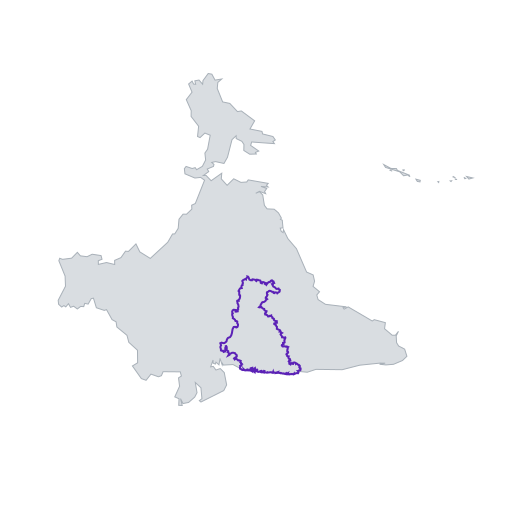 Maharashtra highlighted on a map of India, rotated 285°
{"feature_id": "IND-2447", "entity_name": "Maharashtra", "entity_type": "State", "adm_level": 1, "iso_a3": "IND", "parent_name": "India", "parent_adm1": "", "projection": "robinson", "projection_center": [76.089, 18.818], "detail": "fine", "context": "in_parent", "style": "outline", "palette": "violet", "viewbox_px": 512, "rotation_deg": 285, "n_neighbors": 0, "source": "natural_earth", "source_scale": "10m", "svg_char_len": 9775}
<svg xmlns="http://www.w3.org/2000/svg" viewBox="0 0 512 512"><g transform="rotate(285 256 256)"><path d="M91.8,220.0L98.2,218.6L98.9,214.0L110.4,215.9L118.2,212.7L120.8,215.0L124.5,212.8L120.2,196.2L115.9,195.6L114.1,193.0L114.7,185.1L107.5,182.0L107.9,177.0L117.8,165.1L122.2,169.3L134.3,165.9L139.7,155.5L146.0,151.9L151.4,140.0L156.2,137.9L157.3,133.4L165.5,125.5L164.2,123.5L164.7,115.2L173.2,109.9L172.2,107.9L166.1,106.3L165.9,102.8L162.5,102.7L161.9,99.7L158.6,97.1L160.3,92.9L158.4,90.1L161.4,87.2L157.6,85.4L158.4,83.3L156.4,81.5L158.3,77.8L162.0,76.4L177.5,79.8L187.2,76.8L200.4,66.8L203.0,67.0L202.7,70.0L206.2,78.5L213.3,82.5L210.7,86.3L211.6,93.0L215.3,97.3L216.3,106.2L213.0,108.1L210.6,104.9L207.1,105.9L211.0,113.3L211.2,121.7L215.2,120.6L219.5,126.0L226.9,128.7L227.4,131.6L236.6,136.9L229.9,142.7L226.3,154.5L246.4,167.2L255.7,169.7L256.3,171.8L262.6,173.7L271.6,172.1L277.5,174.7L278.4,178.1L284.7,181.9L288.4,180.7L291.0,183.8L315.9,186.7L317.6,182.2L315.5,176.8L317.0,166.1L321.8,164.2L324.4,165.3L324.0,171.7L325.6,174.4L324.0,176.3L328.7,181.0L335.7,182.5L342.2,180.0L346.7,181.6L360.8,180.5L361.5,174.8L355.9,171.3L356.3,168.6L366.5,167.0L374.0,157.2L379.6,155.8L389.0,148.2L397.7,151.8L404.7,146.4L408.4,149.0L405.9,151.2L406.2,153.3L409.4,151.6L411.2,155.4L408.1,160.0L411.7,159.4L419.9,162.6L420.2,166.3L415.3,170.9L418.1,177.1L413.8,174.2L407.8,175.2L396.2,183.9L396.6,191.2L390.7,200.7L392.3,204.3L386.2,219.7L377.1,217.3L377.9,229.5L375.6,230.8L375.8,241.4L373.1,244.6L370.9,242.7L369.3,244.7L365.0,222.3L361.4,222.2L358.1,231.5L355.9,228.6L354.6,229.9L352.7,223.6L354.8,216.9L360.6,215.5L363.1,212.7L364.3,206.5L367.0,205.7L362.2,202.7L344.0,202.9L337.1,201.1L336.7,192.5L334.9,189.0L333.6,191.7L331.5,191.7L327.4,186.4L325.3,188.5L320.1,184.3L320.9,186.9L317.1,193.2L327.1,201.5L321.5,202.5L316.8,209.8L324.8,214.5L323.2,222.4L325.1,227.9L327.5,228.8L329.3,249.0L327.0,247.8L325.8,249.9L324.5,242.8L324.0,248.9L320.5,247.6L318.7,249.2L319.4,242.6L316.5,239.5L319.0,242.8L316.7,246.7L307.1,251.0L304.4,254.5L305.9,261.5L303.4,266.6L299.2,270.7L297.7,270.1L297.4,272.1L290.1,274.8L289.2,272.2L286.3,274.0L285.6,276.1L288.6,275.7L281.0,282.3L273.5,293.2L253.6,309.0L252.5,316.1L246.8,319.1L241.4,319.0L237.9,326.6L234.1,324.8L230.0,327.2L227.3,335.6L230.3,356.5L228.6,353.5L227.5,354.9L230.7,358.2L223.3,385.1L225.1,386.7L225.1,398.2L219.0,399.0L214.7,408.1L215.6,411.2L220.1,413.1L215.1,412.1L208.7,414.2L206.0,417.0L204.5,423.7L198.2,427.7L193.0,424.6L187.0,416.9L184.4,409.6L183.4,403.4L185.9,408.5L184.6,403.4L177.4,384.5L168.5,368.7L162.0,343.2L157.0,335.6L155.7,327.9L154.0,327.3L150.1,317.4L144.9,288.6L146.4,283.7L146.0,281.9L144.4,284.3L144.1,282.9L144.2,280.0L146.2,280.3L143.9,279.2L142.6,273.0L145.2,261.9L142.2,252.7L143.5,251.4L142.1,251.5L147.8,247.7L141.3,248.4L143.1,244.8L141.1,244.7L141.4,242.3L144.4,241.4L137.2,240.9L138.3,243.3L135.5,246.8L138.0,250.6L135.2,255.5L123.9,261.0L117.7,259.7L100.7,240.6L101.6,238.7L104.2,240.7L114.5,236.9L118.1,230.1L108.7,234.4L103.8,233.3L97.1,228.8L94.6,223.7L98.7,220.0L92.5,223.4L91.8,220.0ZM373.9,382.2L371.7,377.8L374.5,373.1L375.1,358.2L377.4,355.7L375.5,363.7L376.8,369.0L375.3,370.4L373.9,382.2ZM387.3,438.8L387.5,445.2L385.4,441.7L387.3,438.8ZM371.6,395.1L370.0,395.2L369.8,392.5L371.6,390.6L371.6,395.1ZM382.0,428.5L381.9,430.4L381.6,428.7L382.0,428.5ZM383.8,425.9L383.2,428.4L383.4,425.8L383.8,425.9ZM385.8,436.5L385.2,438.5L384.7,437.7L385.8,436.5ZM375.3,413.3L374.3,413.4L374.8,412.4L375.3,413.3ZM373.5,383.2L372.5,384.2L373.0,382.6L373.5,383.2ZM377.2,375.6L377.7,377.4L376.5,376.1L377.2,375.6ZM379.3,425.5L378.4,425.1L378.8,424.2L379.3,425.5ZM373.7,363.6L373.2,365.6L373.5,363.4L373.7,363.6Z" fill="#d9dde1" stroke="#a8b0b8" stroke-width="1"/><path d="M154.2,327.1L153.6,326.9L153.6,326.2L153.1,325.0L151.8,323.5L151.8,323.2L152.1,323.1L151.3,322.7L151.5,321.3L151.8,320.9L151.4,321.2L151.3,321.9L151.2,320.6L150.9,320.5L150.5,318.7L150.3,318.6L150.6,318.1L150.1,317.7L149.7,316.5L149.7,316.0L150.1,316.5L150.5,316.6L150.2,316.3L150.4,316.1L150.0,316.0L149.8,315.5L150.5,315.4L150.3,315.1L149.9,315.3L149.8,314.9L149.9,314.3L149.5,313.7L149.7,312.7L149.3,311.9L149.5,310.5L149.1,310.2L149.1,309.8L149.3,309.8L149.4,309.2L148.9,307.4L148.4,306.2L149.1,306.5L148.2,305.1L148.3,304.0L147.7,302.9L148.5,302.5L147.8,302.4L147.6,302.0L147.5,301.2L147.7,300.6L146.5,297.7L146.7,297.2L146.3,296.9L146.8,296.2L146.4,296.6L146.1,296.2L145.9,294.5L145.4,294.1L145.6,293.3L146.0,293.9L146.9,294.1L147.0,294.3L146.8,294.6L147.1,294.1L147.1,293.5L146.2,293.4L145.9,293.0L146.0,292.8L145.3,292.3L145.0,291.3L145.2,290.2L145.7,290.1L146.4,291.2L146.5,290.9L145.8,289.8L145.3,289.7L144.6,288.1L144.8,286.6L145.3,286.6L145.5,286.2L146.2,287.5L146.2,286.8L146.5,286.4L146.1,286.1L146.1,285.6L145.7,285.8L145.1,285.3L145.3,284.9L145.5,285.1L145.6,284.6L146.2,284.4L145.8,284.3L146.9,284.0L147.0,283.7L146.2,283.9L146.2,283.0L146.0,282.7L146.0,281.8L145.6,282.4L145.6,283.5L145.1,284.0L145.0,283.6L144.8,283.8L144.3,285.2L144.1,285.1L144.1,284.5L143.7,284.6L144.1,283.9L144.1,283.4L144.2,283.5L144.3,283.2L144.1,283.1L144.3,281.7L143.8,281.8L144.4,280.6L143.8,281.2L143.9,279.8L146.0,280.1L146.6,281.2L146.9,281.1L146.2,280.0L145.2,279.9L144.5,279.3L144.1,279.6L143.6,278.9L143.5,277.6L145.0,276.9L144.0,277.0L143.4,276.3L143.3,276.7L143.6,277.1L143.2,276.9L142.8,274.4L143.0,274.7L143.1,274.1L143.3,273.7L142.7,274.1L142.7,273.4L142.4,272.7L142.5,271.4L143.0,270.6L143.0,269.8L143.8,269.4L144.9,269.4L145.8,269.1L146.3,270.2L146.8,270.0L147.1,270.2L147.6,270.0L148.0,270.4L148.3,269.9L148.3,269.3L149.0,269.1L149.3,268.3L150.7,268.4L150.9,267.2L150.8,266.2L150.5,265.9L151.6,263.7L151.1,262.5L150.6,262.2L151.4,261.3L153.1,262.7L153.6,263.3L154.4,263.4L155.5,262.8L155.7,261.9L156.7,260.9L156.7,259.1L156.3,257.9L154.5,256.0L153.7,256.0L152.8,255.0L154.4,255.4L155.2,254.9L155.7,253.8L156.0,254.1L156.9,253.8L157.4,252.4L158.3,251.5L159.1,251.7L160.6,251.2L161.3,250.5L161.1,250.1L160.1,250.4L159.5,250.1L155.8,250.9L155.0,249.6L155.7,249.2L156.0,248.6L155.6,247.9L155.7,246.6L157.2,246.1L158.6,245.2L159.4,245.1L160.7,245.4L162.5,244.1L163.4,245.1L163.4,247.0L163.7,248.0L164.8,248.9L165.9,249.6L167.7,249.5L169.4,250.0L170.0,250.6L170.9,251.9L172.8,252.6L175.3,252.7L179.3,252.3L181.6,252.8L182.1,253.9L182.3,255.1L181.9,255.3L181.9,255.6L182.6,256.4L183.9,256.6L185.3,256.3L186.3,255.2L187.8,254.9L188.1,254.3L187.9,253.0L188.9,252.3L189.5,251.3L189.9,249.7L191.1,249.5L192.4,248.5L193.4,248.1L194.1,248.0L194.5,248.4L195.8,247.4L197.4,247.5L198.3,248.3L198.6,250.4L197.0,250.6L197.0,251.0L197.7,252.4L198.0,252.1L198.5,252.5L199.3,252.3L200.1,252.6L201.1,252.0L202.4,252.3L204.4,251.5L205.6,250.3L207.0,249.9L207.6,249.4L208.1,249.6L208.3,250.9L209.1,250.6L210.6,251.3L212.5,251.2L213.9,250.8L214.0,250.6L213.9,250.1L214.3,249.8L217.3,249.0L217.5,248.3L217.8,248.2L220.4,248.9L220.9,249.4L221.3,250.5L222.3,249.9L223.5,249.8L224.1,250.0L224.5,250.6L225.8,250.2L226.3,250.4L227.1,250.1L228.3,249.2L229.7,250.0L230.1,250.7L230.8,251.3L231.0,251.7L230.8,252.4L231.7,252.3L233.4,253.3L234.0,253.0L234.0,253.6L233.5,254.3L231.5,255.7L231.2,257.3L231.5,258.4L232.3,258.4L232.6,258.8L232.8,261.8L232.1,262.3L231.9,262.9L232.2,263.0L232.8,262.7L233.3,262.8L233.5,264.0L233.3,264.7L233.4,266.5L232.4,267.2L231.4,267.4L231.2,267.7L231.1,268.8L232.4,269.0L232.7,270.1L232.4,271.8L231.4,271.7L231.2,272.2L231.9,272.7L231.0,273.5L231.8,273.8L232.1,273.3L232.5,273.3L232.9,274.3L234.0,274.9L234.4,276.1L236.0,276.8L236.6,277.6L236.6,278.0L236.3,278.4L235.6,278.6L235.9,279.5L234.6,280.5L234.2,279.7L233.4,279.7L233.0,278.8L231.0,280.6L230.6,282.4L229.5,284.2L229.7,285.0L230.4,286.2L229.5,287.0L229.5,287.7L228.4,288.0L227.5,287.9L226.4,286.8L225.5,286.2L226.0,285.7L226.0,284.8L225.6,283.2L224.9,283.3L224.8,282.9L225.2,282.1L225.8,281.7L225.6,280.5L225.9,279.8L226.0,278.3L225.5,277.5L224.8,277.2L224.0,276.1L223.3,276.0L222.2,276.4L221.5,277.2L221.1,276.9L219.6,276.9L218.9,276.3L218.0,276.2L217.2,277.9L216.0,276.9L215.1,276.8L214.2,276.1L213.5,275.4L213.1,274.2L212.4,273.7L211.6,273.7L210.5,273.2L209.6,273.1L209.0,273.4L208.2,273.1L207.9,272.5L207.3,272.2L207.3,272.9L208.1,274.5L207.3,275.5L207.0,276.4L207.0,277.6L205.9,278.1L205.5,279.0L205.4,280.5L204.1,280.4L203.4,279.7L202.5,279.6L202.0,280.0L202.3,280.4L201.9,280.9L201.7,282.3L200.7,283.3L200.9,284.1L201.7,284.6L201.7,285.1L202.5,286.1L201.7,286.4L201.0,287.8L200.2,288.0L200.0,289.5L199.0,289.8L198.5,290.4L198.3,291.5L197.9,292.1L198.4,292.5L198.4,293.0L197.9,293.0L197.1,293.4L197.0,292.9L196.1,292.5L195.8,291.2L195.1,291.1L194.7,291.8L194.7,292.9L193.4,293.8L193.1,294.5L191.0,295.0L190.5,298.4L190.3,298.6L189.1,298.4L189.3,299.4L188.7,299.8L188.4,301.0L187.4,300.1L186.6,300.0L185.1,301.9L184.2,302.2L184.5,303.5L184.3,304.0L185.0,305.3L184.6,305.6L183.6,305.5L183.1,305.1L182.4,305.4L181.9,305.2L179.9,306.0L179.5,305.6L179.2,304.8L178.9,305.0L178.7,304.8L178.0,305.3L177.7,304.8L176.9,304.7L176.7,304.1L176.2,304.1L175.5,305.1L175.9,306.4L176.3,307.1L176.1,308.2L176.6,309.1L176.3,309.6L176.5,310.1L176.4,310.6L175.5,310.1L174.6,310.7L173.4,310.5L172.1,310.8L171.9,311.6L171.1,312.0L170.5,311.8L169.7,310.9L168.7,310.9L168.3,311.7L167.4,312.1L167.5,313.5L166.8,313.3L165.6,314.0L165.1,314.8L165.4,315.2L165.3,315.4L164.0,316.2L163.7,315.2L162.7,314.9L162.4,315.6L161.7,316.3L161.3,316.0L161.0,316.5L160.5,316.3L160.3,317.0L160.7,316.9L160.9,317.4L161.3,317.4L161.4,317.8L161.8,318.2L161.2,318.5L161.4,319.7L161.9,319.6L162.9,320.1L163.1,320.6L163.0,322.0L162.1,322.5L162.6,322.9L162.6,323.5L161.7,325.2L161.9,325.6L161.3,326.7L160.2,327.0L160.1,326.5L159.9,326.5L158.7,327.7L158.8,328.2L157.5,328.5L157.0,328.3L156.6,327.1L155.8,326.7L155.7,326.3L155.3,326.8L154.2,327.1Z" fill="none" stroke="#5b21b6" stroke-width="2"/></g></svg>